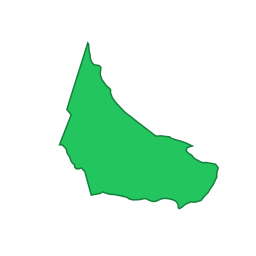 Santana do Ipanema, Alagoas, Brazil (Equal Earth projection), rotated 69°
{"feature_id": "56859067B18090298356879", "entity_name": "Santana do Ipanema", "entity_type": "district", "adm_level": 2, "iso_a3": "BRA", "parent_name": "Brazil", "parent_adm1": "Alagoas", "projection": "equal_earth", "projection_center": [-37.2, -9.346], "detail": "fine", "context": "isolated", "style": "filled", "palette": "green", "viewbox_px": 256, "rotation_deg": 69, "n_neighbors": 0, "source": "geoboundaries", "source_scale": "gbopen_adm2", "svg_char_len": 1673}
<svg xmlns="http://www.w3.org/2000/svg" viewBox="0 0 256 256"><g transform="rotate(69 128 128)"><path d="M167.8,74.4L162.1,79.9L160.7,81.7L158.9,83.8L155.8,88.1L152.7,91.6L151.3,92.2L149.9,94.9L147.2,99.9L145.9,104.1L144.6,105.5L137.6,109.8L122.2,119.2L120.0,120.4L113.3,124.6L111.1,125.7L100.1,130.2L97.7,130.9L94.0,131.8L88.8,131.7L86.3,130.6L84.6,130.9L81.1,133.0L75.0,134.6L72.9,135.2L71.4,134.8L68.8,135.0L67.1,134.4L62.4,131.9L60.8,131.7L59.0,133.1L56.9,136.9L54.3,138.2L49.9,138.3L44.9,137.0L42.3,136.7L35.7,134.8L34.2,135.1L45.7,144.2L71.9,165.1L84.8,175.3L88.9,178.5L91.1,177.7L95.3,176.3L115.1,194.3L119.1,197.9L120.5,195.1L122.6,194.4L124.3,193.6L126.0,193.2L128.0,193.7L130.4,193.7L132.0,193.4L133.8,192.8L135.8,192.9L138.3,193.0L140.4,192.6L141.8,192.0L143.1,191.2L145.4,191.8L147.6,190.9L148.6,188.4L148.4,186.5L149.4,185.3L151.5,184.8L153.1,183.9L155.5,184.1L159.9,184.6L171.8,185.8L174.4,186.0L177.5,186.3L178.1,182.7L179.1,177.8L178.6,174.7L180.7,172.1L182.7,169.8L183.8,167.8L184.6,166.1L185.6,164.0L188.9,158.7L190.3,156.9L191.3,155.1L192.8,153.5L194.7,152.2L196.7,149.5L197.8,146.6L198.5,144.5L199.2,141.7L199.8,137.9L200.9,136.0L202.5,134.6L204.2,132.9L205.6,130.9L206.3,129.0L206.3,125.7L206.1,122.4L206.6,119.7L207.6,117.2L209.3,114.3L211.0,112.0L212.2,110.7L213.8,109.5L215.8,108.8L218.2,108.9L220.2,109.6L221.7,109.1L221.3,106.2L220.1,102.9L219.7,100.7L219.5,95.9L221.3,92.0L221.8,85.8L218.9,80.8L216.9,76.3L214.4,73.3L211.7,69.2L210.6,68.0L205.6,62.7L201.8,61.3L197.6,58.1L193.2,59.2L190.2,64.0L188.4,67.0L186.8,71.3L180.4,76.9L176.0,78.4L173.7,80.4L170.0,81.9L167.5,79.7L167.8,74.4Z" fill="#22c55e" stroke="#15803d" stroke-width="1.5"/></g></svg>